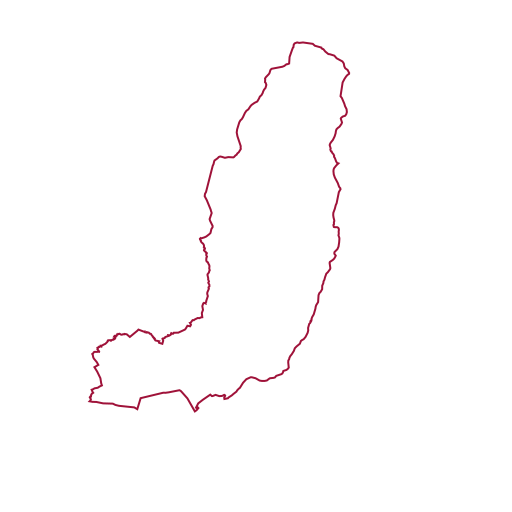 Bughea De Sus, Arges, Romania (Natural Earth projection), rotated 32°
{"feature_id": "2599482B4060307411648", "entity_name": "Bughea De Sus", "entity_type": "district", "adm_level": 2, "iso_a3": "ROU", "parent_name": "Romania", "parent_adm1": "Arges", "projection": "natural_earth1", "projection_center": [25.027, 45.334], "detail": "fine", "context": "isolated", "style": "outline", "palette": "rose", "viewbox_px": 512, "rotation_deg": 32, "n_neighbors": 0, "source": "geoboundaries", "source_scale": "gbopen_adm2", "svg_char_len": 6109}
<svg xmlns="http://www.w3.org/2000/svg" viewBox="0 0 512 512"><g transform="rotate(32 256 256)"><path d="M236.5,448.8L233.5,437.7L249.7,421.2L251.8,419.9L254.2,417.9L262.2,410.4L263.6,410.3L265.2,410.7L273.3,413.1L286.5,420.2L287.3,418.3L287.7,415.5L286.6,415.2L286.5,416.4L285.5,416.4L285.1,411.6L287.1,406.1L290.7,397.8L292.8,398.2L293.4,397.8L295.3,395.2L299.1,394.3L301.2,392.8L302.0,391.7L302.6,390.6L303.2,390.5L303.9,390.8L304.1,393.0L305.0,394.0L307.6,391.5L307.7,390.5L309.4,386.9L309.9,385.1L311.3,381.3L311.2,380.1L311.7,377.6L312.2,376.4L312.2,370.3L313.1,365.6L315.7,361.7L316.6,361.1L320.4,359.9L325.1,359.7L327.3,358.8L329.6,357.3L331.2,355.8L332.1,353.3L332.6,352.3L335.5,350.0L336.4,349.0L336.7,346.9L340.1,342.8L340.6,341.7L340.5,340.3L340.1,339.0L342.2,336.5L342.8,334.8L342.9,333.3L339.8,329.3L338.8,327.5L338.8,326.0L338.3,324.7L338.1,322.7L338.4,320.4L338.4,316.4L337.8,313.7L338.3,311.3L339.7,307.1L339.1,304.3L339.6,302.9L340.5,301.3L340.9,298.4L340.5,293.8L339.7,291.4L338.3,289.4L337.1,285.3L337.4,284.2L337.3,282.3L336.7,282.3L336.7,281.8L337.1,281.5L337.0,280.7L336.4,279.9L336.0,278.1L335.9,274.9L334.3,269.2L333.5,267.4L333.1,265.7L333.1,262.2L329.8,256.1L329.4,253.9L329.8,252.1L329.7,249.1L327.9,246.1L327.5,243.4L326.7,241.7L326.6,239.9L325.8,237.4L325.0,233.7L325.5,231.8L325.8,228.1L325.5,226.9L322.1,222.9L321.8,221.9L323.2,218.7L323.7,216.8L323.6,214.3L323.4,213.4L321.3,212.6L320.8,211.9L320.5,211.0L321.4,207.1L321.0,204.3L319.3,200.4L317.6,197.2L317.0,196.4L314.9,194.7L314.5,193.4L313.1,191.4L312.5,190.0L311.7,189.0L310.8,188.5L309.5,188.6L307.6,189.8L306.6,190.1L305.2,188.7L305.3,187.8L304.1,186.0L304.0,185.2L303.5,184.3L301.3,182.2L299.8,180.4L298.7,178.4L297.8,174.1L296.7,170.7L296.4,168.5L292.4,157.9L292.3,154.6L291.5,153.8L290.3,153.5L289.2,152.8L286.7,150.8L281.3,147.7L278.7,145.6L276.7,143.0L275.9,141.3L275.7,140.0L276.1,136.5L276.8,133.8L275.4,134.1L273.8,133.3L271.1,131.2L269.6,130.5L269.2,129.6L267.9,128.7L265.9,128.1L264.8,127.3L264.3,127.5L263.7,127.2L262.6,126.3L262.3,125.2L259.7,122.9L259.4,121.8L259.3,120.2L259.7,116.8L259.3,112.9L258.5,109.8L257.6,107.8L257.1,106.0L257.5,104.1L258.3,102.1L258.5,98.8L258.2,97.2L255.1,94.6L255.0,93.7L255.7,91.7L257.3,89.8L257.4,87.9L256.8,85.8L255.0,83.5L252.2,81.8L250.0,79.9L245.1,76.5L243.0,75.7L237.5,62.9L237.2,58.8L237.3,55.9L237.6,54.1L238.4,52.2L238.0,51.4L235.1,49.7L232.2,49.5L230.4,48.4L228.4,46.2L226.2,45.2L219.6,45.6L216.3,44.6L215.7,44.7L211.6,45.8L210.4,46.4L206.4,45.9L203.5,44.9L202.6,45.2L201.6,45.1L201.0,44.6L194.5,46.5L191.7,46.0L182.7,50.0L179.7,52.4L177.7,53.1L176.1,55.2L176.0,56.7L177.1,59.2L176.9,59.8L177.4,62.3L179.0,69.4L182.1,75.2L181.2,76.5L180.2,77.3L179.3,79.8L178.1,81.5L170.1,88.9L169.8,89.7L169.7,90.8L170.5,93.7L170.5,94.9L169.6,99.2L169.6,100.7L170.3,101.5L171.5,103.8L172.4,104.0L174.1,105.4L175.0,108.4L174.7,110.7L174.9,112.8L175.3,114.2L175.4,116.7L174.8,118.8L175.1,120.8L175.2,124.3L173.6,126.9L172.2,130.2L171.9,131.9L171.8,135.7L170.9,138.0L170.8,140.6L171.4,145.3L171.4,147.5L170.9,149.2L171.0,151.5L172.9,158.6L174.2,161.5L176.8,164.3L184.8,170.9L185.5,172.2L186.4,173.3L186.4,177.2L185.8,179.0L185.9,180.3L185.3,181.6L184.9,183.7L184.5,184.4L180.1,186.8L177.6,189.2L174.5,190.0L172.9,190.6L172.0,191.7L171.6,193.6L170.2,197.0L170.5,198.3L171.3,200.6L171.5,202.5L179.7,228.2L179.8,230.3L180.8,232.5L184.8,234.8L193.0,240.7L194.0,241.7L195.2,242.6L195.7,243.2L197.1,249.3L198.3,250.4L203.3,253.5L203.9,254.6L203.9,256.8L205.2,260.6L204.8,262.3L203.5,265.8L202.4,267.5L200.1,270.2L199.6,270.1L199.3,271.1L199.7,271.6L201.3,272.3L201.4,272.7L202.5,273.3L204.6,273.6L205.8,274.2L206.8,275.2L207.1,276.2L208.6,276.5L208.8,276.8L208.9,277.2L208.5,277.6L208.9,278.8L210.3,279.2L210.9,279.0L211.7,279.6L212.6,279.5L213.0,280.0L212.8,280.6L213.2,281.4L213.7,282.0L214.7,282.4L215.0,283.7L214.9,283.9L216.0,285.9L217.0,286.8L218.7,286.9L219.2,287.4L221.4,288.7L222.1,289.6L222.9,291.3L224.3,292.6L224.4,292.9L224.3,293.4L224.8,294.9L224.6,297.2L224.9,297.8L227.3,300.2L227.8,301.2L229.6,302.5L229.7,304.0L231.7,305.1L232.6,306.5L232.3,307.6L232.6,308.2L233.4,308.7L234.0,312.6L234.7,314.0L236.4,315.5L237.7,320.8L238.1,321.3L238.1,322.8L238.3,323.0L236.7,323.3L236.5,323.8L236.4,324.2L237.0,326.9L239.6,329.8L240.3,333.1L242.9,336.4L241.7,337.4L241.1,338.6L239.4,339.5L237.5,342.6L237.3,343.4L236.2,344.0L235.9,347.6L235.6,347.8L237.3,348.8L237.4,350.5L234.8,351.5L234.9,354.9L234.7,356.1L230.7,362.2L226.9,364.7L227.0,365.7L226.4,366.2L225.0,366.3L225.0,366.7L225.4,367.3L225.4,368.0L224.9,369.0L223.6,369.6L224.2,370.1L222.0,372.8L222.0,374.1L220.6,375.4L220.5,375.7L222.2,377.0L223.1,380.1L219.8,381.0L218.8,380.2L218.9,379.7L215.5,380.9L214.2,380.4L214.1,379.8L212.9,379.4L212.7,379.7L211.3,379.2L211.2,378.9L209.4,378.4L208.5,377.8L207.8,377.8L207.1,378.2L205.8,377.8L203.8,378.4L203.9,378.9L202.2,379.5L201.9,379.4L201.6,379.0L200.9,379.6L195.3,380.7L195.0,382.2L191.9,391.5L187.9,390.9L185.7,391.8L185.7,392.3L184.6,392.9L184.0,393.8L183.3,394.2L181.5,394.2L181.0,394.9L180.4,395.1L180.4,395.7L180.2,395.9L179.8,396.0L180.0,396.9L179.8,397.2L180.0,397.6L179.6,397.9L179.8,398.5L179.6,398.7L179.2,398.3L178.6,398.4L178.4,398.7L178.4,399.1L178.9,398.9L179.1,399.2L179.3,399.1L179.7,399.4L180.2,400.3L180.2,400.6L179.0,401.3L179.4,401.8L179.8,401.8L179.5,402.5L178.3,403.5L177.9,404.7L177.2,404.5L175.2,405.9L175.2,406.3L175.5,406.3L175.4,407.8L174.8,410.3L173.6,412.1L172.9,413.6L172.3,414.0L172.7,414.7L171.7,414.8L171.8,415.3L171.5,416.1L170.9,416.2L170.6,417.0L170.7,417.4L170.2,417.9L170.9,418.6L170.9,419.1L173.6,420.1L173.7,420.4L172.8,420.8L172.1,421.5L169.7,423.0L169.4,424.0L169.5,425.1L169.1,425.9L170.0,426.4L171.7,428.2L172.8,428.9L177.3,430.4L180.0,431.9L177.9,435.9L182.6,438.2L188.8,442.1L192.2,446.0L193.9,447.4L192.5,449.6L191.6,451.6L189.2,453.8L188.4,455.4L187.5,456.5L189.6,458.0L190.4,458.3L189.8,459.8L189.7,460.8L190.5,462.6L190.0,462.9L189.9,463.9L191.9,465.0L192.1,466.3L191.9,467.4L194.7,466.3L197.9,464.4L204.4,462.0L212.8,457.1L215.7,456.8L219.1,455.7L233.0,448.9L236.5,448.8Z" fill="none" stroke="#9f1239" stroke-width="2"/></g></svg>